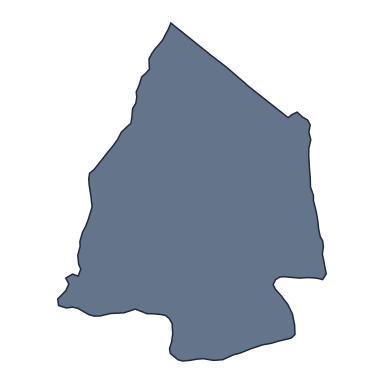 Santa Mônica, Paraná, Brazil
{"feature_id": "56859067B36608698107987", "entity_name": "Santa Mônica", "entity_type": "district", "adm_level": 2, "iso_a3": "BRA", "parent_name": "Brazil", "parent_adm1": "Paraná", "projection": "robinson", "projection_center": [-53.11, -23.144], "detail": "fine", "context": "isolated", "style": "filled", "palette": "slate", "viewbox_px": 384, "rotation_deg": 0, "n_neighbors": 0, "source": "geoboundaries", "source_scale": "gbopen_adm2", "svg_char_len": 1622}
<svg xmlns="http://www.w3.org/2000/svg" viewBox="0 0 384 384"><path d="M170.8,23.0L168.5,29.0L165.0,35.3L162.8,39.8L158.7,44.8L154.4,49.8L151.7,53.7L149.0,59.0L149.4,69.2L145.1,73.9L141.7,76.9L139.2,85.0L136.2,92.0L136.8,97.1L135.8,103.2L132.6,108.6L131.9,117.0L130.9,123.3L126.4,127.3L121.3,132.2L117.7,139.3L113.2,145.6L106.9,153.3L101.4,160.4L94.1,169.5L89.6,173.2L88.7,178.8L89.2,185.3L91.0,196.9L92.1,206.8L88.3,219.4L85.6,226.5L82.4,232.6L79.9,241.5L80.1,246.5L77.8,255.1L78.7,264.4L80.8,269.1L78.1,276.1L72.6,274.1L65.8,278.1L68.8,284.1L65.8,290.7L57.7,299.0L58.6,305.6L66.1,307.9L73.2,307.2L78.1,308.5L89.2,314.8L94.2,316.1L100.1,316.0L110.5,313.5L124.1,312.8L135.1,309.1L147.2,313.7L153.5,313.8L161.0,314.5L165.6,315.5L169.2,318.5L172.1,323.5L172.7,333.9L171.7,341.6L169.5,348.7L170.3,353.4L177.9,359.7L182.5,361.0L189.6,360.4L197.4,359.1L203.5,358.7L213.6,360.4L222.8,359.7L233.7,354.7L240.1,353.1L250.5,348.9L262.7,344.8L270.9,343.4L278.7,341.1L291.2,338.1L295.0,334.5L294.6,324.8L292.4,313.8L287.6,304.1L284.4,300.1L281.3,295.9L275.4,289.3L273.1,284.6L275.6,279.6L279.9,277.0L284.2,276.7L299.4,278.1L307.1,277.6L313.0,277.8L317.5,278.3L322.7,279.6L326.3,273.8L325.0,267.7L323.6,260.0L322.3,254.1L323.4,246.8L322.7,241.0L320.3,236.8L318.7,229.5L317.9,221.8L317.1,216.6L316.1,211.3L314.8,205.8L313.5,201.1L313.4,195.3L310.5,187.1L310.2,177.0L309.6,170.1L309.2,163.8L308.7,155.7L308.9,148.0L310.8,139.8L308.9,132.2L310.2,124.9L307.5,119.9L302.8,117.3L297.1,112.1L291.9,114.6L288.1,117.6L247.6,85.6L244.4,82.6L239.8,78.7L226.0,66.8L211.0,55.3L170.8,23.0Z" fill="#64748b" stroke="#1e293b" stroke-width="1.5"/></svg>